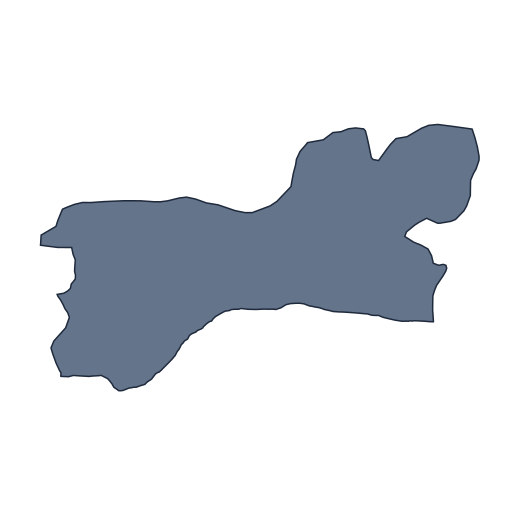 Dishna, Qina, Egypt, rotated 4°
{"feature_id": "37247803B58798403168141", "entity_name": "Dishna", "entity_type": "district", "adm_level": 2, "iso_a3": "EGY", "parent_name": "Egypt", "parent_adm1": "Qina", "projection": "robinson", "projection_center": [32.452, 26.142], "detail": "fine", "context": "isolated", "style": "filled", "palette": "slate", "viewbox_px": 512, "rotation_deg": 4, "n_neighbors": 0, "source": "geoboundaries", "source_scale": "gbopen_adm2", "svg_char_len": 3418}
<svg xmlns="http://www.w3.org/2000/svg" viewBox="0 0 512 512"><g transform="rotate(4 256 256)"><path d="M462.7,114.3L443.6,113.0L428.2,112.1L419.2,113.6L412.2,117.0L398.2,126.5L387.5,129.1L382.4,135.2L379.1,140.2L377.3,143.1L371.6,152.2L369.0,151.9L366.1,151.6L364.8,150.3L364.2,149.8L360.8,137.6L358.6,130.1L356.4,123.5L354.5,121.7L346.4,121.3L344.8,121.6L339.2,122.7L332.1,126.1L324.1,127.5L315.0,135.4L299.5,139.3L297.2,142.6L292.6,148.7L289.6,156.7L289.2,162.1L287.5,170.9L286.8,176.9L286.0,184.4L273.0,200.1L266.5,205.1L249.2,213.0L242.0,213.5L232.0,212.2L214.5,207.6L202.7,206.5L193.1,203.8L191.7,203.4L182.5,202.1L180.6,202.5L175.4,203.5L163.8,207.2L156.7,208.6L150.3,209.0L136.8,209.0L127.8,209.6L120.5,210.1L119.5,210.2L100.8,212.3L88.2,214.1L85.9,214.3L79.2,214.7L71.2,217.2L64.1,220.5L59.7,222.8L57.4,229.6L55.8,234.5L54.4,240.4L40.2,250.1L40.3,259.6L40.3,260.3L57.6,261.3L71.5,260.4L73.5,267.3L76.0,272.4L76.0,277.5L76.0,280.7L76.1,284.0L77.3,287.8L77.3,291.7L73.7,296.8L73.1,301.3L70.7,303.9L67.0,306.5L60.3,308.2L61.2,310.0L64.2,313.6L65.6,315.8L67.1,318.2L69.1,321.9L72.1,325.6L74.1,330.2L71.1,341.0L61.6,353.2L60.2,355.1L57.9,362.0L60.0,367.6L64.1,376.9L68.2,384.3L69.6,386.1L69.7,389.6L69.9,389.7L73.8,389.6L77.4,389.5L80.4,388.5L82.1,387.9L85.5,387.9L88.7,387.9L94.3,387.8L97.7,387.8L101.6,387.1L106.6,386.5L110.0,385.9L112.3,386.9L116.6,388.7L119.3,391.4L121.4,393.8L122.4,395.4L123.3,396.8L125.3,398.0L126.9,398.9L128.3,399.9L130.0,399.9L132.4,399.5L135.9,397.9L138.5,396.6L140.2,396.3L143.0,395.5L145.8,395.2L148.9,393.8L150.1,393.3L154.1,391.8L156.3,389.2L158.6,387.5L160.4,386.1L163.5,381.3L164.7,380.0L166.6,378.8L167.3,378.7L169.4,376.6L171.3,374.3L173.7,371.5L176.5,368.3L179.5,364.7L182.4,360.7L184.0,356.9L185.7,354.4L186.7,352.2L187.6,349.7L189.3,347.9L190.3,346.1L191.4,345.1L193.4,343.8L194.0,342.6L195.1,340.0L197.1,338.2L201.4,336.0L202.8,334.4L206.7,332.4L207.9,331.4L208.5,330.2L210.9,327.6L211.0,327.4L213.6,325.2L214.8,324.4L216.2,324.0L217.8,321.4L219.9,319.2L222.0,317.7L225.0,315.7L227.3,314.2L229.3,313.1L231.4,312.7L233.5,312.2L235.0,311.2L237.7,310.7L242.4,310.3L244.7,309.4L246.4,309.5L251.8,309.7L256.5,309.5L260.1,309.3L267.6,308.4L272.4,308.2L277.4,307.8L279.4,308.0L281.9,307.0L284.6,305.9L287.3,303.9L289.4,302.4L293.7,301.1L298.8,300.4L303.1,300.1L307.3,300.4L310.2,301.3L312.8,302.1L315.5,302.3L317.9,302.7L322.2,303.1L325.4,303.8L328.0,304.6L333.1,305.3L336.7,306.0L337.5,306.0L341.2,306.0L342.7,306.0L344.9,305.9L348.3,305.8L352.4,305.8L359.3,305.8L363.8,305.9L367.9,306.0L371.3,306.0L374.1,306.7L376.2,307.0L377.7,307.0L380.4,306.9L382.3,306.7L387.0,308.3L392.9,309.3L399.2,310.3L401.6,310.5L406.2,310.9L411.8,310.4L412.6,310.5L414.1,309.9L416.3,310.0L418.8,309.5L423.2,309.4L429.0,309.3L432.5,309.4L437.4,309.3L437.6,309.2L436.5,301.1L436.1,298.5L436.0,297.7L435.7,293.0L435.5,289.1L435.2,283.4L436.1,279.6L436.6,277.6L438.2,272.7L444.0,262.7L446.4,257.8L446.7,256.5L447.1,254.8L446.1,252.0L443.3,251.3L438.9,252.5L433.4,250.9L431.1,243.4L427.1,237.0L419.7,233.6L412.3,231.2L403.0,226.1L403.6,224.1L404.6,221.2L408.0,218.1L409.2,216.9L412.3,214.0L416.6,210.8L423.6,206.5L434.7,210.6L437.4,210.4L442.8,209.1L448.1,207.8L452.5,205.6L453.7,204.2L460.2,196.5L462.6,191.5L465.6,180.8L465.1,171.9L464.8,165.5L467.1,158.7L469.5,153.7L471.8,144.9L471.6,141.1L469.2,131.7L466.0,122.3L462.8,114.5L462.7,114.3Z" fill="#64748b" stroke="#1e293b" stroke-width="1.5"/></g></svg>